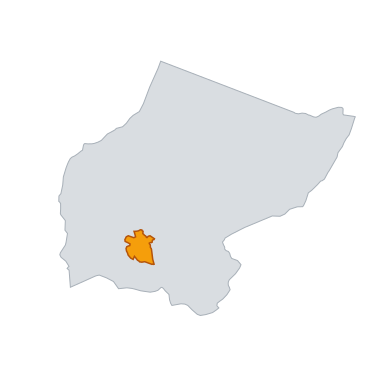 location of Pader within Uganda, rotated 201°
{"feature_id": "UGA-3101", "entity_name": "Pader", "entity_type": "District", "adm_level": 1, "iso_a3": "UGA", "parent_name": "Uganda", "parent_adm1": "", "projection": "orthographic", "projection_center": [32.872, 2.852], "detail": "fine", "context": "in_parent", "style": "filled", "palette": "amber", "viewbox_px": 384, "rotation_deg": 201, "n_neighbors": 0, "source": "natural_earth", "source_scale": "10m", "svg_char_len": 3070}
<svg xmlns="http://www.w3.org/2000/svg" viewBox="0 0 384 384"><g transform="rotate(201 192 192)"><path d="M268.1,302.9L263.1,302.9L254.8,302.9L246.5,302.9L238.2,302.9L229.9,302.9L221.6,302.9L213.3,302.9L205.0,302.9L196.7,302.9L188.4,302.9L180.2,302.9L171.9,302.9L163.6,302.9L155.3,302.9L147.0,302.9L138.7,302.9L130.4,302.9L125.5,302.9L124.6,302.7L123.9,302.5L120.7,303.1L117.5,305.1L114.1,306.0L110.4,305.6L109.9,305.9L108.1,305.8L105.4,305.7L103.0,306.2L101.1,308.0L99.2,311.0L95.8,314.5L93.2,317.6L90.9,319.8L85.8,323.5L82.9,324.5L81.5,324.4L80.7,323.7L79.1,319.0L78.1,318.3L68.0,320.6L66.5,320.7L66.6,319.2L65.9,308.3L65.8,301.6L67.1,297.4L67.8,292.5L67.9,288.3L69.8,281.0L69.1,276.6L71.5,261.4L72.1,258.9L73.0,251.5L74.5,249.2L75.8,248.3L77.5,243.8L80.8,236.6L83.1,232.9L82.6,224.7L83.0,219.2L83.5,217.9L88.4,215.9L94.7,210.8L97.4,204.7L101.1,200.9L108.4,198.4L108.5,198.4L130.1,177.8L140.2,166.6L144.6,160.9L144.7,158.9L145.6,156.2L143.8,154.1L141.7,152.2L141.0,150.4L139.2,149.5L136.7,149.5L134.9,148.3L133.0,145.7L131.1,144.2L124.9,144.3L120.2,141.7L120.3,138.2L122.1,131.3L125.7,123.5L125.9,121.3L125.4,119.4L124.6,117.8L122.9,116.3L121.4,114.4L122.6,108.7L124.9,103.1L126.7,100.4L128.6,97.3L128.0,94.7L125.4,93.4L126.8,90.9L129.6,86.8L135.2,82.5L140.0,79.7L143.3,79.7L149.6,82.0L155.3,84.6L158.4,84.8L162.2,83.7L170.1,78.9L172.0,80.4L174.3,83.3L176.8,88.1L181.7,90.2L184.1,91.7L185.8,92.2L186.7,91.8L188.6,88.0L190.9,86.0L195.1,83.5L204.4,81.4L211.0,80.8L213.8,80.4L218.5,79.2L225.9,75.4L233.2,80.3L241.1,81.2L248.8,81.2L251.1,79.7L252.5,78.5L260.5,70.4L271.4,59.5L278.7,74.9L281.2,75.8L280.8,77.2L280.2,78.5L285.0,82.2L290.8,84.1L292.9,86.0L293.1,88.1L291.2,97.1L291.5,99.7L293.4,108.7L296.9,110.8L300.0,119.9L306.3,123.7L307.2,124.8L308.6,129.2L310.5,134.1L312.0,135.2L313.0,135.5L314.8,140.6L313.8,143.5L315.2,152.2L317.5,160.0L318.2,169.4L318.2,173.5L318.1,176.0L317.6,179.6L316.5,181.6L314.5,183.6L312.3,186.8L310.4,190.2L309.2,191.8L310.1,196.9L309.9,198.2L309.4,198.8L306.5,199.6L302.9,201.0L300.7,202.3L297.6,204.9L295.1,207.7L291.8,215.8L286.3,222.2L285.4,224.3L280.2,228.0L277.9,232.7L276.4,238.4L274.4,242.5L270.0,248.2L269.0,257.0L269.1,274.8L268.0,295.0L268.1,302.9Z" fill="#d9dde1" stroke="#a8b0b8" stroke-width="1"/><path d="M215.5,136.1L210.3,134.9L210.4,134.0L211.1,133.5L211.7,132.7L211.5,131.7L211.2,130.9L211.6,130.3L212.8,129.9L213.6,128.9L213.0,128.2L212.1,127.8L211.5,126.7L211.1,125.5L210.5,125.0L209.9,124.7L209.2,123.8L204.5,115.0L201.5,111.0L202.0,110.6L202.9,110.6L203.4,110.1L211.1,110.0L213.7,108.5L215.9,108.0L216.7,108.5L218.5,108.8L221.0,110.4L222.7,111.3L222.8,108.0L225.5,108.3L229.0,110.2L230.5,112.1L232.0,113.4L233.3,115.6L233.3,117.5L232.3,118.6L230.9,119.7L231.2,121.3L233.7,121.7L236.7,121.9L237.6,123.5L237.3,126.6L235.8,128.3L229.9,128.5L228.6,129.9L229.7,131.5L232.0,134.5L229.9,135.4L228.1,136.5L226.7,138.2L225.2,138.6L224.5,137.9L223.6,137.8L223.0,135.5L221.7,135.1L220.9,134.5L219.8,134.4L218.9,134.0L218.3,133.3L217.7,133.3L217.0,135.0L215.5,136.1Z" fill="#f59e0b" stroke="#b45309" stroke-width="1.5"/></g></svg>